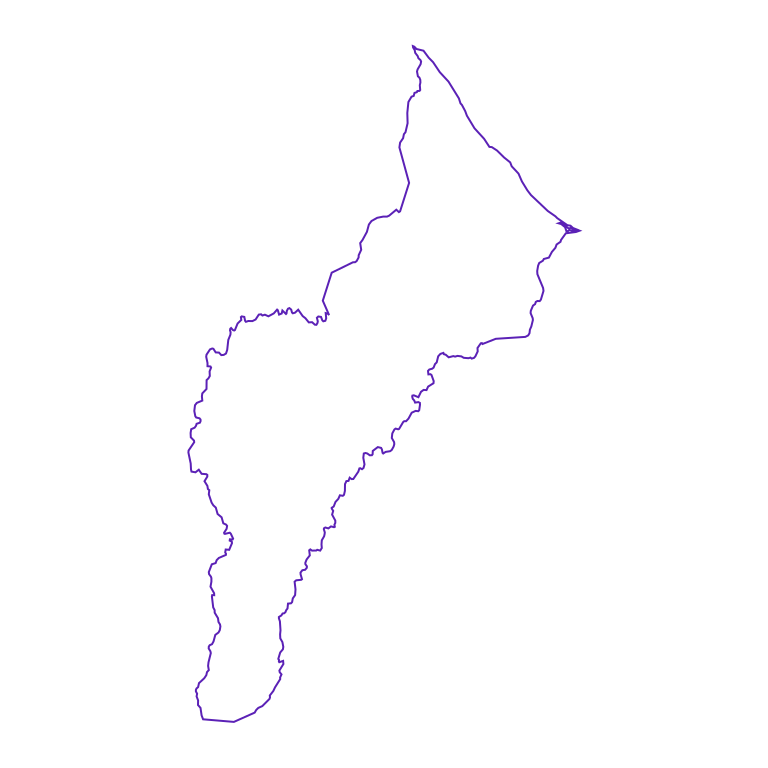 Guararé, Los Santos, Panama
{"feature_id": "35544464B687818134367", "entity_name": "Guararé", "entity_type": "district", "adm_level": 2, "iso_a3": "PAN", "parent_name": "Panama", "parent_adm1": "Los Santos", "projection": "equal_earth", "projection_center": [-80.366, 7.776], "detail": "fine", "context": "isolated", "style": "outline", "palette": "violet", "viewbox_px": 768, "rotation_deg": 0, "n_neighbors": 0, "source": "geoboundaries", "source_scale": "gbopen_adm2", "svg_char_len": 6096}
<svg xmlns="http://www.w3.org/2000/svg" viewBox="0 0 768 768"><path d="M579.6,230.7L577.4,229.8L575.3,230.8L572.5,230.8L569.4,230.0L567.9,231.1L566.4,231.1L565.1,227.2L561.3,224.1L558.6,223.3L560.7,222.6L568.3,228.2L569.5,228.5L570.6,227.7L574.8,229.9L576.3,229.3L573.0,228.0L570.5,225.7L567.4,225.2L557.3,218.2L555.4,216.3L547.8,211.0L531.0,195.1L527.4,190.4L521.9,181.4L518.5,173.6L511.7,166.3L510.2,162.4L504.1,157.5L497.0,150.5L491.8,147.1L489.4,146.9L484.1,138.8L474.5,128.3L466.9,115.7L465.2,111.1L461.9,104.9L460.5,103.4L458.9,98.4L448.5,81.6L439.8,72.2L433.1,62.2L428.7,57.7L423.5,50.7L416.5,49.0L414.3,46.7L412.9,46.1L413.1,47.5L414.7,50.1L415.2,52.8L417.7,56.1L418.4,58.2L420.4,60.0L421.1,61.5L420.6,64.2L417.6,69.4L417.0,71.5L417.9,76.3L419.4,77.6L420.3,79.9L420.4,82.6L419.8,85.2L420.2,90.0L419.5,90.9L417.4,91.0L416.8,92.2L414.5,92.9L413.7,95.9L411.5,96.7L408.4,102.0L407.3,113.0L407.6,123.2L405.5,132.2L403.9,134.2L403.1,138.2L400.1,142.6L399.4,147.4L409.1,182.9L400.1,211.3L398.9,212.1L396.3,209.7L389.1,215.7L387.0,216.6L383.2,216.6L377.2,217.8L371.5,221.0L368.9,224.5L366.9,231.9L362.5,240.0L360.2,243.1L361.2,249.8L358.7,255.2L358.6,257.5L356.6,261.1L355.1,262.2L352.9,262.3L331.7,272.7L322.8,300.7L329.1,315.1L328.0,313.8L325.7,313.1L326.2,318.3L325.3,320.8L323.3,321.3L322.3,320.3L321.0,316.9L318.3,316.5L316.9,317.8L317.8,321.3L317.5,322.9L316.4,324.8L314.9,324.7L312.1,322.2L308.8,322.4L305.4,318.2L302.7,316.1L298.2,309.7L295.0,312.7L292.8,313.3L292.0,312.5L291.2,309.6L289.4,308.1L288.0,308.7L286.8,310.9L286.5,313.5L286.0,314.0L282.4,310.5L281.7,313.5L279.1,314.6L277.8,310.2L277.1,309.6L273.8,313.4L268.4,316.3L264.9,314.7L262.4,315.5L261.1,314.3L258.8,314.6L255.6,319.5L252.4,321.1L248.3,321.0L245.9,321.8L245.1,320.8L244.3,316.9L241.7,316.4L240.9,317.1L241.3,319.9L237.6,323.5L234.9,330.1L234.2,330.5L233.0,330.1L231.1,328.0L230.3,328.7L230.0,330.3L230.6,332.2L230.4,334.7L228.3,339.9L227.2,349.9L226.0,353.5L223.7,354.9L221.3,355.1L219.0,352.6L215.7,352.4L213.4,348.8L212.2,348.5L210.0,349.4L206.5,354.7L206.2,356.8L207.5,363.0L207.5,366.2L210.5,366.5L211.1,367.6L209.6,371.4L209.8,376.0L208.4,378.4L206.6,380.1L206.5,389.0L202.3,393.4L201.9,396.3L202.3,400.6L196.8,402.9L195.0,405.2L194.3,411.0L195.3,416.2L196.2,417.5L199.5,418.3L200.5,419.5L200.6,421.0L199.9,422.7L196.6,423.8L196.0,425.8L194.6,427.7L191.2,429.2L190.6,433.0L190.8,437.3L194.0,440.6L194.2,442.2L188.6,450.5L188.4,452.5L190.7,463.5L191.0,469.5L191.5,471.6L195.5,472.3L198.8,469.7L201.6,473.8L206.4,474.2L207.3,474.9L207.3,476.6L204.5,481.2L207.4,485.9L207.9,489.0L209.3,490.2L208.8,494.3L211.6,502.6L213.3,505.3L215.8,507.6L217.6,514.0L221.6,517.3L223.3,523.3L226.1,524.6L227.1,525.9L226.6,528.8L224.1,532.7L224.3,533.6L224.9,533.9L229.8,532.7L230.8,533.7L233.1,538.6L232.6,539.5L229.9,539.3L229.7,540.6L231.8,541.7L232.0,543.1L229.2,549.8L225.7,549.5L225.2,552.4L226.0,553.8L225.9,554.9L218.9,557.9L216.7,560.1L215.6,563.1L211.8,564.3L208.8,572.1L209.1,574.2L210.9,576.6L211.4,578.1L211.4,581.7L210.5,586.7L214.1,593.2L214.2,595.2L212.2,595.1L211.9,596.4L213.2,607.4L214.6,610.1L214.7,612.7L218.0,618.2L218.5,622.0L220.0,624.4L220.4,626.4L219.8,630.1L218.5,632.5L215.3,634.9L213.5,641.5L212.0,644.2L209.7,645.2L208.8,646.6L208.7,648.5L210.4,651.3L210.8,653.1L208.5,662.3L208.1,665.9L208.8,670.1L207.0,672.1L206.3,675.2L204.2,678.3L199.0,683.1L198.1,687.1L196.5,688.5L195.9,689.9L195.9,691.4L197.1,693.7L196.6,696.4L198.1,700.4L198.0,705.0L200.5,707.9L201.6,715.4L203.1,719.3L233.9,721.9L254.7,712.6L256.2,710.0L258.3,707.9L262.3,706.1L269.5,698.9L270.0,697.3L269.8,695.5L273.3,691.0L275.0,687.4L280.2,679.1L280.1,677.5L281.5,674.4L279.7,672.2L279.4,670.5L283.4,664.0L283.1,660.9L279.3,662.2L278.9,661.6L279.0,659.9L278.3,658.9L280.2,652.5L282.9,649.3L283.3,646.9L282.4,642.1L280.3,638.4L280.1,634.3L280.5,630.3L279.9,621.3L278.9,618.3L278.9,617.0L281.3,615.5L282.6,613.5L284.1,613.3L285.4,612.2L286.2,610.2L287.5,608.5L288.0,603.6L291.0,603.3L292.1,602.1L292.8,598.4L295.1,595.1L295.5,589.4L294.6,581.7L296.2,580.3L301.2,579.8L302.0,579.2L300.6,574.4L300.5,572.6L302.4,570.2L305.1,569.8L306.8,567.8L306.9,566.3L305.4,564.2L305.3,562.9L306.6,559.5L309.8,555.4L309.2,550.3L310.3,549.4L312.0,550.6L316.3,550.5L317.2,549.8L320.2,550.6L321.8,548.0L321.5,544.4L321.8,540.3L324.1,536.3L324.6,534.1L324.8,532.4L323.8,529.1L324.0,528.3L325.3,527.5L328.4,528.4L331.0,526.4L334.0,527.2L334.8,526.8L334.4,524.8L335.3,522.9L335.3,520.6L332.1,514.6L333.2,510.9L331.7,508.5L331.7,507.8L333.7,506.5L335.5,501.9L338.3,498.9L339.9,495.3L342.8,495.8L344.0,494.8L344.9,490.9L345.0,484.1L346.4,481.1L348.5,480.9L349.7,477.7L351.6,479.1L353.3,479.0L358.3,471.7L359.4,468.4L360.2,468.2L362.0,469.2L363.5,468.0L364.5,464.4L363.3,457.8L363.8,453.5L365.5,453.0L367.3,453.5L369.8,455.3L371.9,455.2L372.6,454.3L372.8,450.9L377.8,447.1L381.1,447.9L381.9,449.4L382.6,452.9L383.2,453.5L385.6,451.9L390.1,451.2L391.7,450.0L393.6,446.6L394.3,444.1L394.1,442.1L391.8,438.0L392.3,433.4L394.4,429.5L395.6,428.6L398.2,429.3L399.1,428.9L403.2,422.0L404.2,421.2L406.1,421.2L408.5,418.6L411.7,412.7L415.6,410.9L418.3,411.2L419.2,410.2L420.0,404.7L419.9,402.9L418.4,402.1L415.1,402.6L414.2,400.4L412.8,398.9L412.2,396.7L412.4,395.6L413.8,395.3L418.4,397.2L421.0,391.8L423.6,389.9L426.5,390.1L428.1,386.6L433.5,383.2L433.7,381.1L431.5,375.0L430.5,374.2L428.4,374.4L428.0,370.9L429.3,369.5L432.2,368.7L433.6,367.6L435.0,364.1L436.7,362.4L438.2,356.3L440.4,353.9L443.4,352.9L443.9,354.2L445.7,354.7L448.7,357.3L453.3,356.1L455.1,356.6L457.5,355.9L461.4,356.4L463.7,357.8L468.4,358.2L470.5,357.6L471.7,358.6L474.0,357.9L475.4,356.3L477.7,351.4L477.5,348.0L480.8,343.3L481.9,343.1L482.5,344.0L495.8,338.8L525.3,336.9L528.2,335.4L529.5,333.2L529.9,329.7L531.3,326.5L532.9,320.0L532.7,318.2L530.6,313.1L530.8,310.8L533.0,305.6L535.1,304.1L535.8,301.9L537.4,301.0L539.7,301.1L540.9,299.6L543.5,290.9L543.1,288.0L537.4,274.2L537.2,271.0L538.1,265.7L539.2,263.0L542.9,260.7L543.8,259.0L548.9,257.6L551.9,251.9L555.4,247.8L556.6,244.5L560.5,241.8L561.0,240.0L565.8,233.3L575.9,232.0L579.6,230.7Z" fill="none" stroke="#5b21b6" stroke-width="2"/></svg>